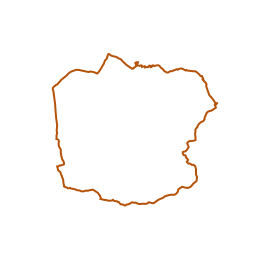 outline of Ostra, Suceava, Romania, rotated 297°
{"feature_id": "2599482B94281064097265", "entity_name": "Ostra", "entity_type": "district", "adm_level": 2, "iso_a3": "ROU", "parent_name": "Romania", "parent_adm1": "Suceava", "projection": "orthographic", "projection_center": [25.755, 47.362], "detail": "fine", "context": "isolated", "style": "outline", "palette": "amber", "viewbox_px": 256, "rotation_deg": 297, "n_neighbors": 0, "source": "geoboundaries", "source_scale": "gbopen_adm2", "svg_char_len": 5787}
<svg xmlns="http://www.w3.org/2000/svg" viewBox="0 0 256 256"><g transform="rotate(297 128 128)"><path d="M191.5,196.1L189.9,195.8L189.2,195.6L189.0,195.2L189.1,194.9L190.0,194.1L191.2,192.4L192.2,190.5L193.4,187.8L193.7,186.7L194.1,185.7L195.4,184.2L200.7,178.8L201.6,178.3L202.7,178.1L203.1,177.5L203.2,177.0L203.9,176.1L204.1,175.8L204.1,175.4L204.0,175.0L204.1,174.6L204.4,174.3L204.5,174.0L204.8,173.8L204.7,173.4L205.0,173.1L204.9,172.7L205.2,172.3L205.5,172.3L206.0,172.5L206.3,172.5L206.4,172.4L206.4,171.9L207.4,170.9L207.5,170.5L207.8,170.2L207.6,169.9L207.3,169.5L207.6,168.2L208.4,166.3L208.5,165.8L208.8,164.5L209.1,163.2L209.1,162.5L208.1,160.0L207.7,159.3L207.7,159.0L207.6,158.5L207.4,158.3L207.3,157.9L207.0,157.1L206.7,156.3L206.6,155.9L206.3,155.5L206.2,153.9L205.9,153.4L205.5,153.3L205.6,152.8L205.5,152.3L205.4,152.0L205.5,151.5L205.5,150.8L205.5,150.5L205.4,149.2L205.2,148.4L204.7,147.6L204.0,146.9L203.3,146.3L202.9,146.2L202.5,146.0L202.5,145.7L202.7,145.1L202.5,144.6L202.0,144.2L201.2,143.8L200.2,142.9L199.9,142.3L198.5,141.4L198.1,140.2L197.0,139.3L195.7,138.6L195.1,137.5L195.2,135.9L195.1,134.7L196.0,132.9L196.5,131.3L196.7,129.7L197.5,128.3L197.7,127.1L197.5,126.2L196.4,124.6L195.1,123.3L195.0,122.8L195.3,122.2L194.9,121.5L194.5,121.2L193.7,121.4L193.0,121.3L192.5,120.7L192.6,120.2L193.4,119.8L193.5,119.2L193.2,118.7L191.2,118.1L191.1,117.4L190.7,117.0L189.7,115.7L190.2,115.4L190.4,115.2L190.6,115.1L190.5,114.6L190.2,114.4L189.9,114.0L189.6,113.5L188.8,112.8L189.3,112.4L189.9,111.7L189.8,111.2L189.0,110.4L188.6,110.2L188.5,109.3L188.2,108.2L188.1,107.9L188.5,107.4L189.1,107.0L190.6,107.2L191.1,107.1L190.6,105.9L190.3,105.6L190.0,105.6L189.7,105.5L189.5,105.0L189.2,105.0L189.0,105.6L188.5,106.0L188.2,106.1L187.9,106.4L187.5,107.4L185.8,106.8L184.7,106.0L183.5,105.8L183.3,105.1L182.6,104.7L182.9,102.8L183.5,98.1L185.0,92.8L185.9,90.6L185.8,87.3L186.1,85.3L185.7,84.0L185.1,81.8L184.9,79.7L185.3,77.6L185.0,77.0L184.2,76.9L183.3,77.0L181.5,77.3L180.1,77.6L177.9,76.9L176.2,77.0L174.2,77.3L172.3,77.1L169.7,77.0L164.8,76.5L162.7,75.9L162.4,74.9L162.5,73.9L162.1,71.6L161.2,68.6L160.1,67.7L159.1,64.3L157.3,57.4L155.9,54.9L154.8,54.0L152.5,51.8L150.3,50.5L146.5,49.3L140.7,46.7L134.5,45.1L134.0,44.5L133.3,44.1L132.4,43.9L131.6,43.3L129.6,42.9L128.4,43.4L126.8,44.9L116.2,52.2L110.0,55.9L103.7,59.8L102.0,61.1L97.7,63.9L93.6,65.5L90.8,67.4L90.1,67.3L89.0,67.7L87.2,68.6L85.7,69.2L86.0,70.3L85.7,71.6L84.7,72.5L82.7,73.2L80.7,74.4L79.5,75.9L78.7,77.3L77.9,78.1L75.0,79.6L72.7,81.4L70.0,83.8L69.7,84.8L68.9,85.7L68.2,86.5L67.3,87.2L66.5,87.4L66.1,87.1L64.1,85.1L64.0,84.6L63.3,83.9L62.6,83.6L61.8,83.1L61.5,82.4L60.6,83.3L58.6,84.9L58.3,86.5L58.0,87.8L56.5,89.2L54.8,91.3L53.7,92.1L53.0,93.3L52.0,94.0L49.9,95.3L48.9,96.1L47.9,97.2L46.9,97.5L46.9,98.0L46.9,98.9L47.0,99.5L47.1,102.0L47.4,102.6L48.3,103.5L48.3,104.5L48.3,105.2L48.4,105.5L49.0,107.1L49.2,108.3L49.4,108.9L49.4,109.4L49.4,110.2L49.4,110.7L50.2,112.8L50.3,113.4L50.5,115.4L51.2,116.9L51.9,117.7L53.2,118.9L53.3,119.1L53.3,119.7L53.5,120.1L54.4,121.3L56.0,123.1L56.3,123.7L56.5,123.9L56.8,124.2L57.1,124.5L57.1,125.6L56.5,130.7L56.0,131.7L55.1,133.4L53.7,135.2L53.0,135.7L52.5,135.6L52.3,135.6L52.5,136.6L52.7,137.6L53.0,138.7L53.4,140.0L53.9,141.1L54.3,143.4L55.3,145.4L56.0,146.4L56.5,147.0L57.2,147.2L57.2,147.5L57.0,147.9L56.8,148.5L56.8,149.1L57.2,150.2L57.5,151.0L57.7,151.7L57.7,152.2L57.5,152.6L57.7,152.9L57.7,153.4L57.7,153.8L57.0,155.0L57.0,155.4L56.7,156.1L57.1,157.2L57.4,157.8L57.5,158.6L57.5,159.8L57.6,160.7L59.0,161.4L59.3,161.7L59.9,162.6L60.4,163.2L61.0,163.6L61.8,164.3L62.9,164.8L63.6,165.4L63.7,165.6L63.8,165.9L63.9,166.0L64.0,166.8L64.1,167.0L64.2,167.3L64.2,167.5L64.3,167.7L64.5,168.1L64.9,168.5L65.0,169.8L65.0,170.0L65.0,170.8L65.1,171.1L65.3,171.4L65.2,171.9L65.4,172.8L66.0,173.8L66.8,174.7L68.0,177.2L68.4,178.3L69.9,179.7L71.3,180.2L71.7,182.2L72.2,184.2L72.5,184.7L72.8,185.0L73.1,185.3L77.1,187.2L78.9,188.5L80.1,189.5L81.4,190.7L82.6,191.4L83.9,191.8L84.5,192.7L85.4,193.4L86.8,195.0L88.0,196.5L89.0,198.6L89.8,199.9L91.2,200.7L92.5,201.1L93.5,201.3L94.8,201.1L95.8,200.8L96.4,200.8L98.1,201.6L99.5,202.6L100.2,203.0L100.7,205.5L101.4,207.6L102.0,208.8L103.5,210.1L104.7,210.7L108.2,211.5L110.8,212.7L111.9,213.1L115.6,211.8L117.5,209.6L119.8,208.5L122.5,207.1L124.7,204.8L124.8,203.7L124.9,202.8L124.4,202.1L124.1,201.6L124.2,200.9L124.4,199.9L124.3,198.8L123.8,198.2L123.8,197.4L124.1,196.9L124.5,195.8L124.7,195.7L125.6,196.0L126.9,196.0L127.5,194.8L128.1,193.1L128.8,192.7L129.4,192.1L129.7,191.6L129.5,191.0L129.2,190.7L129.2,190.0L129.6,189.0L130.6,188.1L131.4,187.8L132.1,188.2L133.1,189.6L134.8,190.4L136.4,190.5L138.2,190.8L138.8,190.5L140.2,188.8L141.2,187.8L141.8,187.5L143.3,188.1L144.5,189.1L146.0,191.7L147.8,193.6L149.6,192.8L151.6,191.5L152.9,190.6L153.4,190.4L154.5,189.9L155.1,189.9L155.4,189.8L155.8,189.6L156.3,189.2L156.6,189.0L157.1,188.9L158.4,188.9L159.5,189.1L160.1,189.4L160.3,189.4L160.9,189.2L161.4,189.2L161.9,189.1L162.4,189.1L163.0,189.2L163.6,189.4L164.3,189.5L164.5,189.6L164.9,189.8L165.4,190.0L166.1,190.3L166.8,190.6L167.6,191.4L168.5,192.0L168.9,192.1L169.6,192.1L169.9,192.3L170.0,192.3L170.0,192.2L170.4,192.1L170.6,192.1L170.8,192.1L171.9,191.6L172.2,191.6L172.3,191.6L172.7,191.5L172.8,191.5L173.3,191.5L174.7,191.4L175.7,191.5L176.5,191.2L176.9,191.2L177.5,191.5L178.1,191.5L178.5,191.7L178.8,191.8L179.0,192.1L180.0,192.8L180.6,193.4L180.7,193.7L181.2,194.3L181.8,194.6L182.2,195.0L182.5,195.2L183.6,195.7L184.0,196.0L184.5,196.2L185.7,197.0L185.9,197.0L186.3,196.9L186.8,196.4L187.1,196.0L187.3,195.6L187.5,195.3L188.1,194.7L188.5,194.7L188.7,194.8L188.7,195.2L188.7,195.5L188.8,195.6L189.2,195.6L189.5,195.9L189.9,195.9L190.5,196.1L191.5,196.1Z" fill="none" stroke="#b45309" stroke-width="2"/></g></svg>